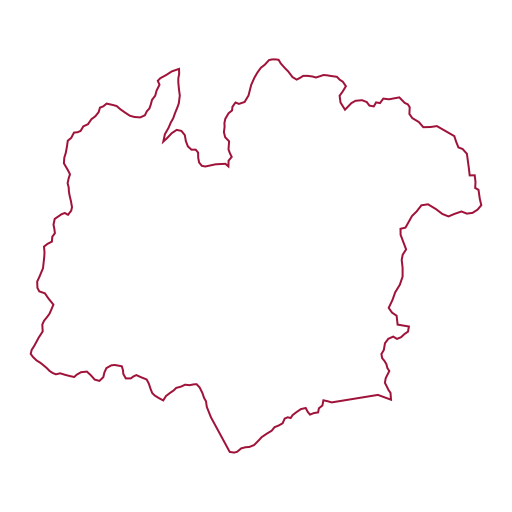 the district of Anicuns, Goiás, Brazil
{"feature_id": "56859067B81756227980733", "entity_name": "Anicuns", "entity_type": "district", "adm_level": 2, "iso_a3": "BRA", "parent_name": "Brazil", "parent_adm1": "Goiás", "projection": "natural_earth1", "projection_center": [-49.983, -16.403], "detail": "fine", "context": "isolated", "style": "outline", "palette": "rose", "viewbox_px": 512, "rotation_deg": 0, "n_neighbors": 0, "source": "geoboundaries", "source_scale": "gbopen_adm2", "svg_char_len": 3939}
<svg xmlns="http://www.w3.org/2000/svg" viewBox="0 0 512 512"><path d="M36.5,341.7L34.1,346.1L31.7,349.8L30.7,353.9L32.9,356.9L36.5,360.4L40.5,362.9L44.1,365.8L46.8,368.1L49.6,371.0L52.9,373.1L55.9,374.3L60.2,373.3L65.3,374.9L70.1,376.1L74.2,377.0L76.7,374.7L81.0,372.2L86.9,371.6L90.9,375.3L94.7,379.6L99.4,380.9L103.3,377.2L104.4,372.5L106.4,368.1L111.4,365.3L114.9,365.0L118.2,365.6L121.8,366.3L123.0,370.3L123.3,373.9L125.8,378.4L130.8,378.4L133.5,376.4L136.4,375.1L141.0,377.2L146.7,379.5L148.9,383.8L150.6,389.0L152.2,393.0L154.7,395.5L158.9,398.1L163.2,400.4L166.1,395.9L170.2,392.8L173.7,390.4L176.2,387.9L180.8,386.7L185.1,384.7L189.6,385.2L193.5,384.4L196.6,384.2L199.6,387.4L202.4,393.0L204.1,398.0L206.0,401.3L206.8,406.9L210.9,417.2L229.7,451.9L234.1,452.6L237.1,451.8L241.3,448.3L245.8,447.2L249.2,447.0L254.0,445.1L258.3,440.8L261.7,437.1L266.9,433.6L271.7,430.7L274.5,427.2L278.7,425.5L282.6,423.3L284.7,418.6L287.7,417.3L290.7,418.0L292.6,415.1L296.1,412.4L300.9,409.1L305.7,408.0L307.7,411.8L310.0,414.6L313.8,413.1L318.1,412.4L318.9,408.3L322.4,405.5L323.4,400.3L327.5,401.2L331.7,402.4L377.9,394.9L391.0,399.7L390.5,392.8L388.5,390.0L386.8,386.5L384.9,382.8L385.7,378.2L389.3,371.0L387.4,368.1L386.4,364.2L384.5,361.0L382.2,358.2L381.4,354.1L383.8,350.0L385.0,343.2L388.3,338.8L393.2,336.6L397.0,338.9L401.1,337.2L404.4,334.1L408.0,331.6L408.9,326.5L397.6,324.6L396.6,315.7L392.0,312.6L388.7,307.9L392.5,299.9L395.2,292.3L399.8,284.8L402.6,276.6L402.6,267.8L401.7,259.9L402.7,254.7L406.1,249.4L400.6,234.8L400.5,228.8L405.5,227.6L412.0,216.0L416.6,211.5L421.4,205.3L428.0,204.3L436.1,209.2L442.4,214.0L448.5,216.4L454.5,213.9L461.4,211.5L466.9,213.6L472.5,212.9L477.6,209.6L481.3,205.2L479.8,198.9L478.5,189.8L475.2,188.0L475.5,181.9L474.7,175.3L469.7,175.4L468.7,167.0L466.9,153.8L462.6,149.0L458.4,147.4L456.1,141.6L454.3,136.1L436.9,126.1L430.6,127.0L423.3,127.2L418.8,122.0L412.3,118.1L409.4,114.0L409.7,107.2L407.8,104.3L404.7,102.9L399.3,97.4L389.0,99.3L383.3,98.6L380.0,103.1L376.1,102.4L373.8,106.4L369.4,105.6L366.7,102.0L362.0,100.2L355.5,100.8L351.4,103.1L345.0,109.7L340.5,102.5L339.6,95.7L342.5,91.8L345.9,86.2L342.8,81.7L339.8,79.8L336.9,76.8L331.8,76.1L326.9,75.3L323.6,75.0L319.7,76.3L315.9,77.5L312.5,76.5L307.9,75.9L303.1,75.9L300.3,77.7L296.7,79.6L292.5,77.1L288.2,71.4L284.9,68.1L280.8,63.5L278.6,59.8L275.5,59.4L272.1,59.4L269.0,60.1L264.7,64.8L260.9,67.7L257.5,72.4L254.5,77.5L251.2,84.9L248.5,95.5L244.6,102.0L238.9,103.9L235.5,102.5L232.5,106.7L232.0,110.5L228.6,113.2L225.3,118.8L224.4,123.1L224.6,126.8L223.9,132.2L225.2,137.3L229.1,141.3L228.5,149.4L229.9,153.2L231.7,156.9L228.6,160.6L228.4,166.4L225.4,163.8L219.6,164.1L215.6,164.3L210.5,165.4L205.3,166.5L201.8,165.8L199.1,162.5L198.2,157.7L198.1,152.6L195.7,149.7L191.5,149.7L187.9,146.4L185.9,141.3L184.8,135.1L181.4,130.9L176.7,129.9L171.7,133.2L167.2,138.0L163.3,141.6L164.9,134.2L168.6,127.7L170.7,122.7L173.2,118.3L175.0,113.2L177.6,106.8L178.8,103.3L179.8,95.5L179.0,89.7L178.3,82.5L178.3,78.4L179.2,73.7L179.0,68.9L171.8,71.4L166.2,75.0L160.3,78.2L157.8,80.8L159.5,84.8L156.6,90.5L155.2,95.7L152.0,99.9L150.8,104.5L149.4,108.5L146.8,111.3L144.9,115.3L140.2,117.4L134.4,117.0L129.8,115.7L125.4,112.8L120.4,109.3L116.6,106.0L112.5,104.9L106.6,103.6L103.2,106.4L100.0,107.6L98.6,112.2L95.3,116.3L91.4,119.2L88.0,124.2L83.3,126.4L80.6,130.9L77.7,132.2L74.0,132.6L71.2,137.9L67.8,140.7L66.9,146.8L65.8,152.8L64.3,157.7L63.9,163.3L67.8,170.0L70.0,174.3L68.7,178.1L67.6,183.3L68.7,187.4L68.9,191.5L69.6,195.5L70.9,201.0L72.0,207.1L71.2,210.7L68.0,214.8L64.8,213.0L61.6,214.2L54.7,218.9L53.5,224.7L54.4,229.2L54.9,233.2L52.3,236.7L51.9,241.6L47.6,243.8L44.0,246.6L44.5,252.5L44.3,256.2L43.8,261.0L43.0,268.2L39.5,276.6L37.2,281.5L37.4,287.8L39.3,291.4L44.9,293.3L47.8,297.6L49.9,300.3L53.4,304.6L51.2,309.9L49.4,313.9L47.1,317.0L44.0,320.8L42.3,324.6L42.7,331.4L38.7,337.6L36.5,341.7Z" fill="none" stroke="#9f1239" stroke-width="2"/></svg>